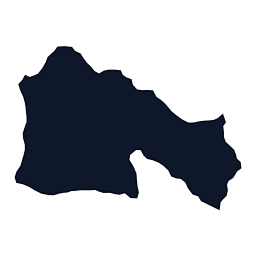 the district of Ascurra, Santa Catarina, Brazil
{"feature_id": "56859067B70069484893186", "entity_name": "Ascurra", "entity_type": "district", "adm_level": 2, "iso_a3": "BRA", "parent_name": "Brazil", "parent_adm1": "Santa Catarina", "projection": "albers", "projection_center": [-49.389, -26.969], "detail": "fine", "context": "isolated", "style": "filled", "palette": "ink", "viewbox_px": 256, "rotation_deg": 0, "n_neighbors": 0, "source": "geoboundaries", "source_scale": "gbopen_adm2", "svg_char_len": 1637}
<svg xmlns="http://www.w3.org/2000/svg" viewBox="0 0 256 256"><path d="M219.0,209.1L219.9,202.0L222.6,198.7L225.9,195.4L227.1,190.5L226.2,184.7L227.8,180.6L232.9,177.1L236.5,170.9L240.6,167.9L240.0,162.5L236.2,158.9L235.2,154.5L233.5,150.2L230.1,147.0L225.1,142.3L223.2,137.1L223.2,132.0L222.4,126.0L225.1,122.2L222.6,114.9L218.0,118.9L214.0,120.6L209.9,121.1L203.5,121.5L198.5,122.2L194.3,123.2L188.4,123.4L182.1,120.3L176.0,115.9L171.0,111.8L167.4,107.4L164.1,103.7L160.7,100.7L155.7,97.3L152.6,91.1L147.3,90.7L142.1,90.9L136.8,90.2L132.2,85.2L130.9,79.8L125.7,77.9L122.1,75.2L120.2,70.9L114.6,70.4L108.7,70.4L104.1,71.4L99.0,74.4L94.0,71.6L90.7,67.4L86.4,63.3L82.9,58.7L80.2,54.2L74.5,51.4L71.7,47.7L64.4,46.9L57.7,47.4L54.8,51.6L51.4,54.6L48.2,57.5L46.4,62.5L42.8,68.8L38.4,74.3L34.3,76.1L29.6,77.8L25.4,75.8L22.9,80.3L19.1,84.4L21.0,90.2L23.9,96.6L25.6,102.7L26.3,107.2L26.8,112.9L27.3,117.3L27.3,122.0L25.1,128.2L23.5,133.3L23.8,138.0L25.6,144.8L25.6,149.7L24.6,154.1L23.2,158.9L21.2,166.0L17.1,172.1L15.4,177.4L16.9,182.2L23.0,183.5L29.4,186.2L35.3,189.8L41.8,193.0L48.5,194.3L53.6,194.5L58.8,193.0L63.2,192.1L67.6,191.7L71.2,190.3L75.7,190.1L80.4,189.5L85.1,189.5L90.5,189.5L95.3,189.2L99.5,191.0L103.7,192.2L110.0,192.1L115.0,193.3L119.2,194.0L125.0,192.4L130.7,197.3L136.6,197.6L138.1,192.4L136.8,186.5L136.2,180.6L135.7,173.5L132.6,166.4L128.6,159.9L129.5,154.5L135.7,149.3L141.0,149.3L144.3,155.2L147.5,158.2L153.2,159.6L159.1,162.0L164.2,165.5L168.9,170.0L171.8,175.9L176.4,177.6L181.1,178.2L185.9,182.0L188.6,187.9L193.0,193.8L198.6,195.7L201.6,200.6L219.0,209.1Z" fill="#0f172a" stroke="#020617" stroke-width="1.5"/></svg>